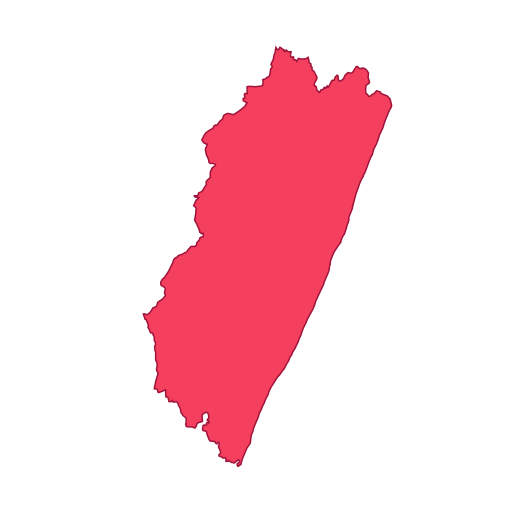 Farafangana, Atsimo-Atsinanana, Madagascar, rotated 14°
{"feature_id": "10022922B75046296685916", "entity_name": "Farafangana", "entity_type": "district", "adm_level": 2, "iso_a3": "MDG", "parent_name": "Madagascar", "parent_adm1": "Atsimo-Atsinanana", "projection": "equal_earth", "projection_center": [47.638, -22.832], "detail": "fine", "context": "isolated", "style": "filled", "palette": "rose", "viewbox_px": 512, "rotation_deg": 14, "n_neighbors": 0, "source": "geoboundaries", "source_scale": "gbopen_adm2", "svg_char_len": 6026}
<svg xmlns="http://www.w3.org/2000/svg" viewBox="0 0 512 512"><g transform="rotate(14 256 256)"><path d="M224.9,48.8L225.0,51.9L225.4,53.3L224.9,57.3L225.2,60.9L225.0,62.6L224.5,64.2L224.2,66.3L224.3,66.9L225.7,67.8L226.0,68.3L225.7,69.8L225.0,70.7L225.4,75.0L225.4,77.9L225.2,78.7L223.2,80.3L222.3,82.0L220.1,83.0L219.9,83.4L221.0,85.7L220.9,87.7L221.2,89.1L219.0,90.2L214.2,92.0L209.7,92.7L206.7,93.6L206.4,93.9L207.7,99.3L208.3,100.0L208.1,100.5L207.3,101.0L206.4,100.8L205.9,101.1L205.7,101.8L205.8,102.7L206.9,104.5L206.6,105.7L205.5,106.1L205.6,106.8L205.8,107.8L206.3,108.5L210.4,109.6L209.8,110.5L209.0,113.5L204.8,119.1L200.1,124.2L194.1,124.5L192.3,125.7L191.5,126.5L190.5,127.8L190.5,130.6L190.2,131.5L188.2,134.0L187.8,135.7L187.1,136.7L186.7,138.2L186.3,138.7L185.1,138.7L184.0,139.5L183.2,142.7L180.6,145.0L177.7,148.4L177.2,149.3L177.2,149.9L176.4,151.7L175.4,156.2L175.6,156.9L178.2,158.9L180.6,159.5L181.6,159.2L181.7,161.1L181.0,163.8L181.5,165.9L183.4,169.8L186.8,174.1L187.5,176.2L188.3,176.9L189.2,177.2L192.0,176.6L194.0,176.9L194.6,177.3L194.9,178.1L193.3,179.6L192.2,181.2L191.8,182.3L191.9,183.6L191.4,184.4L191.4,185.2L191.7,187.5L192.7,190.8L190.2,194.6L189.7,195.7L189.9,197.1L190.5,198.6L187.9,206.6L185.1,208.6L185.1,210.1L184.6,211.8L181.7,212.3L181.5,212.7L182.7,213.5L186.4,213.3L186.3,213.9L184.4,216.4L183.3,222.3L185.8,223.5L186.3,224.1L187.3,229.5L187.7,235.4L188.1,236.5L190.1,238.5L194.8,244.5L195.6,246.5L196.4,246.5L197.4,247.5L199.4,246.8L200.0,249.9L197.3,251.6L197.1,254.2L195.3,257.5L195.6,260.2L194.1,261.5L193.4,261.6L192.7,262.0L191.1,262.2L190.5,262.7L188.4,266.7L187.9,268.6L185.4,270.7L184.9,271.5L180.8,274.2L180.2,274.9L179.8,275.9L177.8,277.8L177.0,279.5L176.8,282.9L174.9,291.8L173.2,296.8L172.2,299.2L171.0,300.9L170.5,302.1L170.1,303.4L170.0,304.9L170.6,306.9L171.2,307.5L174.7,308.5L175.7,309.4L176.0,310.2L176.0,313.5L177.0,315.3L177.5,315.5L177.6,316.4L176.6,318.8L175.6,320.6L172.1,324.3L171.8,325.5L171.7,327.7L171.4,329.0L170.9,329.7L168.8,331.0L168.2,332.3L167.8,334.0L166.7,336.6L165.1,338.8L164.0,339.2L161.3,339.2L160.7,339.5L163.7,344.2L164.6,344.2L164.9,344.5L167.8,348.3L168.3,349.3L168.4,351.4L170.1,353.0L172.0,355.8L173.1,356.1L174.0,355.8L174.9,356.3L175.5,357.9L176.1,358.3L176.9,359.2L177.3,361.3L178.0,362.9L179.4,364.5L180.0,366.3L179.5,368.1L180.6,371.5L182.1,374.3L183.7,380.8L184.1,381.6L185.7,383.4L186.3,385.1L186.7,386.8L186.9,390.3L187.9,391.9L189.4,393.4L189.0,401.7L189.3,405.7L189.1,407.4L189.6,409.6L191.1,408.9L192.3,409.2L193.9,411.8L194.6,412.1L199.2,408.9L200.1,407.8L200.7,407.7L202.4,413.9L202.9,414.6L204.3,414.2L204.8,414.5L206.8,418.3L208.8,417.9L210.0,416.3L211.0,417.8L214.0,416.8L214.8,416.9L215.7,417.7L216.4,418.9L219.6,422.6L221.2,426.2L223.2,427.7L223.5,428.3L227.3,430.1L228.1,432.6L228.5,434.9L228.4,436.2L229.6,438.3L231.3,438.2L234.3,437.5L236.4,437.4L238.0,437.8L238.6,437.5L239.1,435.8L239.5,432.3L244.0,429.5L244.0,429.0L242.2,423.9L242.6,422.5L245.3,419.5L247.8,420.4L249.1,423.7L249.3,424.6L249.2,425.5L248.6,425.9L248.3,426.6L248.5,427.1L249.0,426.7L249.9,428.0L250.9,428.8L250.5,429.3L249.4,429.0L248.4,430.1L248.4,430.7L249.0,431.8L248.8,432.0L246.0,432.8L245.7,433.3L245.9,436.3L246.1,437.2L246.5,437.9L247.3,438.2L249.3,438.1L250.5,438.6L252.1,441.6L254.9,445.5L256.2,446.6L261.0,446.0L262.1,447.4L263.2,447.8L263.5,447.8L263.9,446.3L264.4,445.9L265.0,445.8L265.8,447.1L265.6,448.7L265.9,450.5L268.6,454.0L269.3,455.4L269.4,455.8L268.9,456.7L268.1,457.6L268.5,459.0L271.4,459.3L272.7,460.1L275.3,459.2L275.8,459.8L276.4,462.3L276.8,462.5L278.6,462.0L279.0,461.0L282.0,462.2L285.2,462.0L287.5,458.8L288.3,458.2L289.0,458.3L289.6,458.8L289.7,459.6L289.3,460.5L288.1,462.2L288.1,462.9L288.9,464.2L289.4,464.4L289.9,464.1L291.1,462.3L291.7,462.2L291.8,456.6L293.6,444.8L295.7,438.9L294.7,430.8L295.3,428.0L295.4,422.6L297.1,412.0L297.3,407.9L298.3,403.4L298.8,399.4L299.4,397.1L300.2,391.4L301.1,388.6L301.5,383.3L302.5,379.1L306.2,368.1L307.6,365.8L309.6,360.5L310.6,358.8L311.8,353.3L313.1,349.6L313.3,346.5L314.4,343.5L314.8,340.5L316.2,336.2L317.6,329.2L317.9,325.9L318.8,321.1L318.9,318.2L319.4,314.2L320.6,308.9L321.0,305.5L324.1,293.6L324.7,289.9L324.9,285.5L326.9,274.5L327.9,270.3L328.4,267.1L328.6,264.0L330.0,255.4L330.2,252.5L330.3,251.0L329.9,249.1L330.0,245.9L329.6,244.2L329.5,241.8L330.2,236.6L330.9,232.9L333.0,226.9L334.9,222.3L335.0,221.6L334.7,220.5L335.3,216.6L336.5,212.9L336.9,207.6L336.9,204.5L337.4,200.3L337.4,198.0L336.7,196.4L336.8,195.1L338.0,186.5L337.8,185.2L337.9,172.8L339.1,159.8L339.8,156.0L340.8,152.6L340.8,151.3L341.5,148.6L342.0,144.5L342.8,136.9L343.5,132.3L344.4,129.3L344.3,126.5L344.5,123.4L345.6,118.8L346.3,113.7L346.5,108.8L348.1,100.8L348.3,95.8L349.3,88.0L350.4,81.4L351.0,79.9L351.3,77.4L349.1,73.0L347.8,70.9L344.4,68.9L338.1,68.1L337.1,66.8L333.0,66.5L331.1,70.2L329.6,71.0L328.4,73.2L326.6,73.7L324.9,72.2L323.5,71.5L322.9,70.8L322.2,68.2L321.6,65.5L321.6,64.0L322.8,62.2L323.6,61.6L324.0,60.6L324.0,59.6L321.5,55.5L321.1,52.2L320.8,51.1L318.1,48.7L316.0,47.8L313.7,47.8L312.0,49.0L311.0,49.1L308.7,47.7L308.0,47.6L307.4,48.2L305.4,54.2L304.8,55.0L303.8,55.7L301.0,55.7L300.4,56.4L298.8,58.8L297.9,63.1L296.6,64.8L295.1,65.9L294.3,66.1L293.7,65.7L292.9,64.1L292.5,62.5L291.7,61.1L291.3,60.9L290.7,61.2L289.6,63.2L289.3,66.2L289.0,66.8L287.8,66.9L287.4,67.2L287.0,68.0L285.5,74.4L284.9,74.7L283.9,73.8L282.9,76.5L282.4,76.4L282.1,75.9L281.4,76.0L280.3,78.7L278.6,79.3L278.3,81.7L277.9,82.1L274.7,80.0L273.6,77.2L272.4,76.7L271.6,76.8L270.8,74.6L272.1,69.9L271.9,67.8L267.6,62.8L265.5,62.0L264.7,59.4L263.5,58.7L262.9,56.6L262.5,56.1L260.6,55.5L260.0,53.5L258.5,50.6L256.5,52.6L252.7,53.9L249.4,54.0L248.4,57.3L247.1,56.1L244.9,56.4L244.5,54.2L243.9,53.6L242.4,54.6L241.6,54.6L241.2,53.8L240.7,51.4L240.7,49.4L239.8,49.4L238.3,50.0L237.5,50.0L235.7,48.8L235.2,49.3L234.9,50.3L234.4,50.8L233.8,50.6L233.3,49.1L231.7,49.0L230.0,48.0L228.7,47.7L228.3,49.5L227.8,50.3L227.1,50.6L226.3,50.2L224.9,48.8Z" fill="#f43f5e" stroke="#9f1239" stroke-width="1.5"/></g></svg>